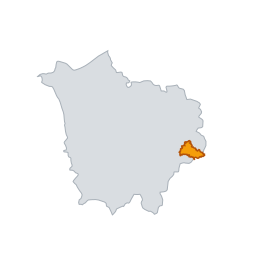 location of Vitebsk, Vitebsk, Belarus, rotated 66°
{"feature_id": "67162791B85815486219336", "entity_name": "Vitebsk", "entity_type": "district", "adm_level": 2, "iso_a3": "BLR", "parent_name": "Belarus", "parent_adm1": "Vitebsk", "projection": "albers", "projection_center": [30.292, 55.263], "detail": "fine", "context": "in_parent", "style": "filled", "palette": "amber", "viewbox_px": 256, "rotation_deg": 66, "n_neighbors": 0, "source": "geoboundaries", "source_scale": "gbopen_adm2", "svg_char_len": 7273}
<svg xmlns="http://www.w3.org/2000/svg" viewBox="0 0 256 256"><g transform="rotate(66 128 128)"><path d="M201.0,177.6L197.3,177.5L193.0,177.6L190.6,179.4L187.9,178.6L186.1,179.5L181.8,184.2L180.2,186.7L178.6,190.6L177.6,193.5L178.1,195.5L179.0,197.3L179.1,199.3L179.6,200.9L178.5,202.1L177.9,203.7L176.0,203.4L173.8,201.8L173.3,199.6L171.6,198.0L170.4,197.1L168.6,197.0L165.6,197.7L161.6,198.3L158.7,198.4L157.1,199.2L154.7,200.0L153.8,199.0L152.5,196.4L151.4,193.8L150.7,192.7L150.1,192.3L149.3,192.4L148.4,193.2L147.7,194.0L145.2,194.9L144.1,195.8L142.8,198.2L142.0,198.0L141.2,197.4L140.3,194.8L139.1,194.1L137.0,194.0L134.5,193.4L132.4,192.5L131.6,192.7L130.4,193.8L129.0,193.9L126.1,192.8L125.5,193.2L123.8,196.1L123.0,196.2L122.5,195.8L122.9,193.3L121.2,192.3L118.3,192.1L116.3,192.4L115.3,192.2L114.8,191.7L112.6,187.3L111.3,187.0L109.0,187.1L105.5,186.4L101.6,185.2L99.5,184.8L98.4,183.7L96.0,183.3L89.6,181.1L87.0,180.6L83.0,180.3L77.1,179.5L73.3,179.4L71.5,179.9L69.4,180.1L62.3,180.0L59.7,180.3L58.9,181.1L57.9,183.0L54.7,186.1L51.6,188.1L51.1,188.3L49.5,186.9L48.2,186.4L46.5,186.1L45.4,186.4L44.6,186.9L44.4,189.5L44.2,189.7L43.3,186.5L43.7,183.7L44.5,182.2L45.5,180.8L45.4,178.6L46.5,175.8L46.7,173.8L46.4,172.8L45.8,171.7L44.1,170.4L43.4,169.4L41.0,168.0L38.7,166.3L38.4,165.3L38.6,164.7L39.1,163.8L41.3,161.2L43.5,158.7L44.9,157.7L52.1,154.9L53.3,153.8L53.7,151.8L54.0,147.6L53.9,143.8L53.7,141.2L52.8,136.2L50.3,125.7L49.2,115.0L50.5,115.8L53.7,116.3L56.2,115.8L57.6,115.9L58.7,116.2L62.1,115.9L62.8,116.9L64.2,117.9L67.2,116.9L69.9,115.7L72.6,116.0L73.0,115.3L74.0,111.7L74.8,110.9L78.0,111.5L79.2,111.0L80.6,109.2L82.5,108.2L84.1,108.3L85.8,107.2L86.6,108.1L86.9,109.6L86.2,110.8L86.4,111.3L87.5,112.0L89.5,112.1L90.7,111.7L91.1,111.0L91.2,109.7L90.9,108.5L90.2,107.4L88.7,106.8L87.6,106.7L87.5,106.1L87.9,104.7L89.0,102.2L90.4,99.9L91.1,99.1L91.3,98.3L91.3,96.9L91.4,94.4L92.7,90.9L94.2,88.3L96.2,87.6L98.5,87.2L100.0,86.1L100.8,84.6L101.5,82.4L102.3,82.0L107.7,82.6L108.7,80.3L109.2,79.7L110.3,79.1L111.0,78.3L110.8,77.7L109.4,77.2L106.2,76.7L105.6,75.9L105.8,75.0L106.8,72.7L107.8,69.7L108.4,67.3L108.5,66.0L109.0,65.6L111.6,65.3L112.5,64.9L115.0,61.8L116.7,61.3L121.1,62.3L123.2,62.4L125.8,62.7L126.0,62.4L127.0,59.2L131.6,54.3L134.0,52.6L135.5,52.3L136.0,52.4L138.3,55.2L138.8,55.3L140.4,54.2L143.2,54.2L144.4,55.1L146.1,58.5L147.0,58.9L149.7,57.1L151.2,56.5L152.1,56.6L157.1,59.2L157.4,60.0L157.5,61.0L156.6,63.9L157.7,65.8L158.8,67.1L161.4,65.0L162.4,64.5L163.4,64.4L164.8,63.7L165.8,62.6L166.8,62.2L168.6,62.4L171.9,62.2L175.8,64.0L176.2,64.5L178.1,66.6L178.8,67.7L179.4,68.0L180.5,69.0L181.9,69.7L182.8,69.5L183.3,69.8L183.7,70.6L183.8,72.0L183.7,76.0L182.3,78.1L182.1,78.8L182.2,79.7L183.3,81.4L184.8,84.0L185.1,85.5L185.1,86.7L183.2,90.1L182.5,90.9L182.1,92.6L181.9,94.3L182.0,95.0L185.3,97.7L187.8,99.1L188.4,99.8L188.4,100.2L187.1,103.2L187.0,103.9L189.0,105.1L190.1,107.0L191.1,110.1L193.1,113.0L200.2,117.2L200.8,118.0L201.1,118.9L200.9,120.9L199.7,124.8L200.9,125.4L204.0,125.1L207.8,125.5L212.5,128.1L212.5,129.3L212.1,130.5L212.5,131.6L213.0,132.6L217.1,135.5L217.5,136.4L217.6,137.9L217.5,139.0L216.4,139.2L215.2,139.8L213.2,141.2L212.5,143.0L209.3,145.7L207.3,146.9L205.7,147.0L201.9,146.5L200.5,145.3L199.9,144.2L198.5,143.7L196.5,143.7L193.8,143.9L193.3,144.3L192.9,145.7L191.8,148.1L191.0,149.5L194.5,154.2L196.2,156.2L196.8,157.4L196.8,158.2L196.0,159.2L196.1,161.3L197.9,163.9L197.3,164.4L197.2,167.6L197.3,171.2L197.8,172.0L198.7,172.7L199.5,173.9L200.8,176.8L201.0,177.6Z" fill="#d9dde1" stroke="#a8b0b8" stroke-width="1"/><path d="M164.7,82.3L164.9,82.1L165.1,81.9L165.3,81.9L165.4,82.1L165.5,82.2L165.5,82.3L165.5,82.6L165.6,82.8L165.7,83.0L165.9,83.1L166.0,83.2L166.4,83.3L166.5,83.3L167.1,83.3L167.0,83.5L166.9,83.6L166.8,83.8L166.7,83.9L166.7,84.0L166.5,84.5L166.5,84.9L166.6,85.1L166.7,85.3L166.8,85.4L166.9,85.5L166.8,85.8L166.5,85.9L166.4,86.0L166.3,86.3L166.5,86.4L166.8,86.4L167.0,86.3L167.4,86.4L167.6,86.3L167.7,86.2L167.8,86.2L168.0,86.2L168.2,86.4L168.4,86.5L168.5,86.6L168.6,86.8L168.6,87.0L168.5,87.3L168.4,87.4L168.3,87.5L168.5,87.9L168.5,88.0L168.4,88.2L168.4,88.4L168.5,88.5L168.8,88.6L169.0,88.6L169.3,88.6L169.4,88.8L169.5,89.0L170.3,89.3L170.5,89.5L170.4,89.7L170.3,89.9L170.4,90.1L170.5,90.2L171.1,90.3L171.1,90.5L171.0,90.8L171.0,91.0L171.3,90.9L171.4,90.7L171.5,90.6L171.9,90.7L172.3,90.8L172.7,91.0L172.9,91.1L173.2,91.3L173.6,91.4L173.8,91.5L174.2,91.5L174.2,91.4L174.3,91.4L174.5,91.3L174.6,91.2L174.4,91.0L173.9,91.0L173.8,90.9L173.7,90.8L173.7,90.6L173.7,90.4L173.8,90.3L174.5,89.9L174.6,89.7L174.2,89.4L174.1,89.1L174.3,88.9L174.5,88.7L174.4,88.5L174.3,88.3L174.3,88.2L174.9,87.4L175.1,87.2L175.1,86.6L175.3,86.4L175.6,86.0L175.7,85.9L175.9,85.6L176.0,85.5L176.0,85.3L176.0,85.1L176.0,84.9L176.3,84.8L176.5,85.0L176.8,85.0L177.0,84.9L177.3,84.7L177.5,84.4L177.3,84.2L177.3,83.8L177.3,83.6L177.3,83.3L177.3,83.2L177.7,82.9L177.8,82.9L178.1,83.0L178.3,83.4L178.3,83.5L178.5,83.7L178.9,83.9L179.0,83.9L179.1,83.6L179.1,83.4L179.3,83.3L179.5,83.2L179.9,83.0L179.9,82.9L179.8,82.5L179.8,82.4L179.8,82.2L179.9,81.9L179.9,81.7L180.0,81.6L180.1,81.4L180.3,81.3L180.3,81.5L180.5,81.5L180.8,81.4L181.0,81.0L181.0,80.9L181.1,80.5L181.1,80.4L181.6,80.2L181.8,80.3L182.1,80.4L182.6,80.4L182.8,80.3L183.4,80.3L183.6,80.3L183.6,80.0L182.9,80.0L182.6,79.9L182.4,79.7L182.2,79.4L182.2,79.1L182.2,78.6L182.2,78.3L182.4,77.9L182.7,77.7L183.0,77.5L183.3,77.3L183.7,77.0L183.9,76.7L184.1,76.4L184.1,75.8L184.1,75.4L183.9,75.1L183.8,74.9L183.7,74.7L183.6,74.2L183.5,73.9L183.5,73.7L184.0,73.4L184.3,73.2L184.2,72.7L183.9,72.3L183.8,72.0L183.9,71.8L184.2,71.5L184.4,71.3L184.5,71.0L184.3,70.3L184.2,69.7L184.2,69.3L184.0,69.1L183.9,69.1L183.7,69.2L183.4,69.4L183.3,69.0L183.0,68.8L182.9,68.9L182.7,69.1L182.6,69.4L182.3,69.7L182.1,69.9L181.9,70.1L181.4,70.1L181.2,70.0L181.2,69.9L180.8,70.0L180.6,70.1L180.4,70.1L180.3,70.3L180.4,70.5L180.2,70.8L180.0,71.0L179.9,71.0L179.7,71.1L179.3,71.4L179.1,71.6L178.6,71.6L178.4,71.6L178.2,71.7L177.9,71.6L177.7,71.7L177.3,71.7L177.2,71.6L176.9,71.7L176.7,71.9L176.6,72.0L176.8,72.3L176.8,72.5L176.9,72.8L176.9,73.1L176.9,73.3L177.0,73.4L177.1,73.6L177.3,73.7L177.3,73.8L177.2,73.9L177.1,74.0L176.4,74.3L176.2,74.3L176.0,74.5L175.9,74.7L175.6,74.7L175.4,74.5L175.2,74.7L175.1,74.8L174.8,74.6L174.7,74.6L174.4,74.5L174.1,74.6L173.8,74.7L173.7,74.9L173.6,75.1L173.5,75.3L173.4,75.5L173.2,75.6L173.0,75.8L172.7,76.0L172.3,76.2L172.2,76.3L171.8,76.3L171.8,76.5L171.7,76.8L171.5,77.1L171.3,77.3L171.2,77.4L170.9,77.4L170.7,77.4L170.6,77.2L170.4,76.9L170.2,76.7L169.8,76.5L169.7,76.5L169.3,76.7L169.0,76.8L168.9,76.8L168.6,77.0L168.3,77.1L168.0,77.1L167.9,77.1L167.8,76.9L167.7,76.9L167.6,77.0L167.4,77.2L167.4,76.9L167.4,76.7L167.1,76.7L167.0,76.8L166.7,77.0L166.4,77.2L166.2,76.9L166.1,76.7L166.0,76.4L165.9,76.4L165.7,76.4L165.6,76.6L165.4,76.8L165.2,76.9L164.7,76.9L164.7,77.0L164.6,77.4L164.5,77.5L164.4,77.7L164.4,77.8L164.5,77.9L164.6,78.0L164.8,78.2L164.9,78.3L164.8,78.5L164.7,78.5L164.7,78.8L164.7,79.0L164.6,79.3L164.7,79.5L164.6,79.8L164.5,80.0L164.8,80.4L164.9,80.5L165.1,80.8L165.0,81.0L164.9,80.9L164.7,80.8L164.4,80.9L164.0,81.2L163.9,81.3L163.9,81.5L164.0,81.6L164.4,82.2L164.5,82.2L164.6,82.3L164.7,82.3Z" fill="#f59e0b" stroke="#b45309" stroke-width="1.5"/></g></svg>